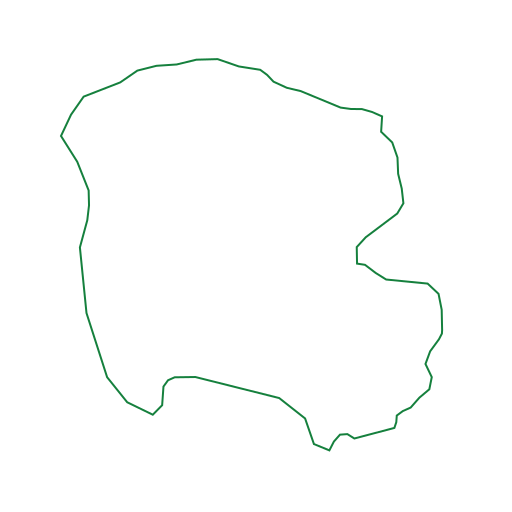 an SVG outline of Gümüshane, rotated 172°
{"feature_id": "TUR-3031", "entity_name": "Gümüshane", "entity_type": "Province", "adm_level": 1, "iso_a3": "TUR", "parent_name": "Turkey", "parent_adm1": "", "projection": "mercator", "projection_center": [39.258, 40.339], "detail": "fine", "context": "isolated", "style": "outline", "palette": "green", "viewbox_px": 512, "rotation_deg": 172, "n_neighbors": 0, "source": "natural_earth", "source_scale": "10m", "svg_char_len": 1008}
<svg xmlns="http://www.w3.org/2000/svg" viewBox="0 0 512 512"><g transform="rotate(172 256 256)"><path d="M420.3,156.7L431.8,223.1L429.2,289.0L418.1,314.9L414.3,329.4L412.6,344.2L419.9,374.2L432.4,402.0L419.5,421.7L404.5,437.8L366.3,446.8L347.7,456.1L328.1,458.2L307.9,456.7L287.7,458.7L266.6,456.3L246.6,446.1L225.9,439.8L219.8,433.8L214.4,426.2L202.1,418.3L188.8,413.1L151.6,391.2L141.3,388.3L130.8,386.8L121.1,382.5L111.7,376.7L114.8,361.6L105.3,349.5L102.2,333.8L103.8,317.6L102.3,302.5L102.7,287.7L110.2,278.4L144.7,259.3L155.0,250.8L157.0,234.4L149.3,232.1L139.9,222.6L130.4,214.6L89.9,204.8L80.5,193.1L79.6,176.9L82.0,156.7L82.7,153.3L86.4,148.1L96.8,137.4L103.2,125.5L98.8,111.6L102.9,99.9L113.9,93.0L123.9,84.4L132.2,82.0L138.8,78.4L140.2,71.9L142.9,66.5L184.0,61.6L190.3,66.9L197.7,67.4L204.7,61.4L210.4,53.3L224.8,61.7L230.0,88.3L252.8,112.1L332.9,144.6L353.4,147.2L360.4,145.2L365.8,139.6L369.7,121.3L380.3,113.2L403.9,129.1L420.3,156.7Z" fill="none" stroke="#15803d" stroke-width="2"/></g></svg>